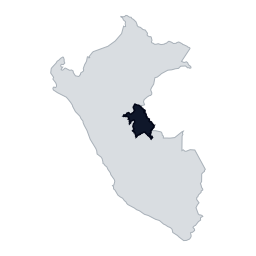 Coronel Portillo, Ucayali, Peru shown in context
{"feature_id": "86281439B8316055413936", "entity_name": "Coronel Portillo", "entity_type": "district", "adm_level": 2, "iso_a3": "PER", "parent_name": "Peru", "parent_adm1": "Ucayali", "projection": "albers", "projection_center": [-74.152, -8.678], "detail": "fine", "context": "in_parent", "style": "filled", "palette": "ink", "viewbox_px": 256, "rotation_deg": 0, "n_neighbors": 0, "source": "geoboundaries", "source_scale": "gbopen_adm2", "svg_char_len": 8548}
<svg xmlns="http://www.w3.org/2000/svg" viewBox="0 0 256 256"><path d="M191.0,67.1L190.9,67.9L189.9,68.3L189.0,67.7L187.6,67.8L185.6,66.0L180.7,66.2L178.5,68.4L175.3,68.8L171.8,69.8L167.8,70.2L161.5,73.6L160.0,75.0L157.2,77.1L154.9,77.7L153.7,84.1L151.5,87.7L150.6,89.8L151.8,92.8L151.7,94.3L150.5,95.5L149.4,95.6L147.3,96.9L144.1,99.7L143.5,101.9L144.6,104.7L144.2,105.0L141.6,105.6L141.7,107.1L141.1,107.7L143.3,110.0L144.6,110.5L144.6,111.1L144.4,111.7L143.9,111.9L143.9,112.4L145.5,114.1L146.7,117.5L149.0,119.2L149.0,120.2L149.7,121.3L150.9,122.1L153.7,125.5L153.7,127.1L150.8,130.7L155.6,130.7L160.9,131.9L161.6,132.5L162.2,134.1L162.3,135.2L163.4,136.1L163.3,138.0L170.2,138.1L174.7,137.6L182.1,131.7L183.3,131.2L182.6,132.5L182.5,133.4L182.9,134.5L182.1,135.9L181.9,150.6L183.2,149.8L184.9,151.2L186.1,151.3L190.1,149.7L194.8,150.0L205.3,169.3L204.4,170.6L204.4,171.5L203.1,172.4L201.7,173.9L201.6,181.5L200.4,183.7L201.0,184.9L201.6,187.4L202.6,188.8L202.8,189.8L202.7,190.1L201.2,190.9L201.1,192.3L198.4,195.0L197.8,196.8L196.8,197.4L196.6,199.4L199.0,202.8L197.4,204.8L196.0,207.7L198.3,214.0L199.3,214.9L200.4,214.9L201.9,215.4L202.8,216.4L200.8,217.5L200.5,218.0L200.6,220.1L198.4,221.6L195.5,225.4L194.8,225.6L193.3,226.8L193.0,227.4L193.3,227.9L194.5,229.1L194.6,230.5L192.5,232.3L191.1,232.4L190.5,232.9L191.1,235.3L191.1,236.4L190.6,237.6L189.6,239.0L186.5,240.4L183.7,240.6L179.0,237.0L177.5,235.5L172.8,232.5L172.1,229.3L170.5,227.7L167.7,226.5L165.4,224.9L163.6,224.1L159.4,220.5L155.5,219.3L148.3,215.5L144.4,214.3L139.3,210.7L136.6,209.7L134.5,208.1L127.9,204.6L126.8,203.5L125.8,201.7L124.4,200.7L122.7,198.3L120.2,196.9L117.9,195.1L115.0,190.1L113.6,188.9L113.5,186.7L112.5,185.6L113.9,184.9L114.8,181.3L114.3,179.6L110.9,174.8L110.3,172.8L107.8,169.2L106.9,167.0L104.9,165.4L104.1,164.1L103.0,163.5L102.9,161.8L102.1,158.6L101.0,157.0L97.1,154.0L96.7,150.7L95.8,148.5L90.2,139.3L87.0,130.5L84.3,125.5L83.1,122.7L83.0,121.2L81.0,118.6L79.9,116.2L75.4,111.6L72.7,106.5L72.3,105.0L70.5,102.2L67.6,98.6L66.2,97.1L57.5,92.7L53.4,90.0L52.9,88.6L53.1,87.8L53.9,87.0L55.2,87.6L55.9,87.3L56.5,86.3L56.5,84.8L55.7,82.8L52.9,79.1L53.6,77.3L50.7,73.0L51.2,68.7L51.9,67.6L56.0,63.2L57.1,61.3L58.9,60.1L60.7,58.3L62.9,57.0L63.5,57.4L64.2,59.7L64.1,61.3L64.8,63.0L63.3,64.6L61.6,64.3L61.0,64.7L60.7,65.4L61.0,66.6L61.5,67.1L62.7,67.1L61.1,69.4L61.2,69.8L62.4,70.2L63.5,69.6L64.6,68.3L65.4,68.1L69.6,70.3L71.6,70.0L73.1,71.0L73.3,72.6L75.4,75.8L78.6,76.5L79.1,76.2L79.8,75.0L80.5,74.8L80.6,73.1L83.3,71.2L83.7,69.9L83.3,69.0L83.4,68.2L84.9,64.0L85.4,63.6L85.9,62.3L86.5,61.4L87.4,56.8L88.1,56.8L88.9,57.9L89.7,57.6L89.3,56.5L89.4,56.2L92.4,52.4L93.3,51.6L107.9,46.3L115.2,41.0L121.6,33.6L123.6,26.2L124.4,26.7L125.6,26.5L125.2,23.5L125.5,22.1L125.4,21.6L123.4,19.9L122.6,17.9L120.8,16.8L120.9,16.4L122.8,16.8L124.5,16.6L125.9,15.4L127.0,15.5L129.4,17.1L131.2,17.3L131.8,18.5L133.5,19.4L136.0,21.9L137.1,24.7L137.0,25.2L138.1,26.7L140.5,27.4L142.9,29.5L145.4,30.1L146.5,32.0L147.1,32.6L147.5,33.6L147.1,34.9L147.4,35.6L149.3,36.7L150.8,36.7L151.2,37.2L152.0,40.3L151.4,41.9L151.7,42.7L153.7,43.5L154.3,44.2L155.9,44.3L158.2,43.7L161.1,44.6L163.3,44.3L164.3,44.1L165.3,43.4L166.2,43.4L168.5,41.4L169.1,41.3L171.5,42.2L173.5,43.5L176.0,43.3L177.0,42.5L178.8,42.0L182.1,43.7L182.8,44.5L183.7,44.7L187.1,46.3L187.8,47.0L189.6,47.7L190.0,48.2L189.8,48.8L181.5,61.4L184.1,62.5L186.4,61.8L187.6,62.7L188.5,64.8L190.4,66.2L191.0,67.1Z" fill="#d9dde1" stroke="#a8b0b8" stroke-width="1"/><path d="M150.9,130.8L150.8,130.6L151.1,130.5L151.0,130.4L151.0,130.1L151.3,130.0L151.5,130.0L151.5,129.8L151.7,129.7L151.8,129.5L152.1,129.4L152.0,129.1L152.2,128.9L152.4,128.5L152.6,128.4L152.9,128.5L153.0,128.4L153.3,128.0L153.2,128.0L153.1,127.9L153.3,127.6L153.5,127.6L153.7,127.4L153.8,127.4L153.8,127.2L154.0,127.1L154.1,126.8L153.9,126.5L154.0,126.3L154.0,126.0L153.8,125.8L153.8,125.6L154.0,125.5L154.1,125.4L153.7,125.4L153.3,124.6L153.2,124.6L152.9,124.6L152.6,124.4L152.5,124.1L152.5,123.9L152.4,123.9L152.4,123.6L152.2,123.6L152.0,123.4L151.9,122.9L151.7,122.7L151.7,122.4L151.3,121.9L151.1,121.8L150.9,121.7L150.7,121.8L150.5,121.7L150.2,121.8L150.2,121.6L149.9,121.4L149.7,121.2L149.5,120.9L149.4,120.8L149.2,120.9L149.2,120.7L149.3,119.8L149.3,119.7L149.3,119.1L148.8,119.1L148.6,119.0L148.4,118.6L148.2,118.6L147.4,118.0L147.0,117.8L147.0,117.7L146.7,117.6L146.9,117.2L146.8,116.9L146.9,116.6L146.5,116.3L146.2,116.2L146.4,116.0L146.3,115.8L146.2,115.7L146.1,115.3L146.2,114.8L146.2,114.6L145.7,113.9L145.8,113.7L145.7,113.5L145.6,113.3L145.2,113.4L145.0,113.2L144.9,112.9L144.7,112.7L144.5,112.8L144.4,112.6L144.2,112.6L144.3,112.4L144.1,112.3L143.9,112.1L144.0,111.9L144.0,111.6L144.3,111.6L144.6,111.7L144.8,111.7L145.0,111.6L145.0,111.0L145.1,110.8L145.1,110.7L145.0,110.4L144.7,110.3L144.6,110.1L144.4,110.1L144.3,109.9L143.9,109.9L143.6,109.7L143.5,109.8L143.4,109.7L143.2,109.4L143.1,109.1L142.9,109.2L142.7,109.0L142.4,108.8L142.4,108.7L142.5,108.3L142.2,108.2L141.8,108.0L141.7,107.9L141.4,107.8L141.4,107.5L141.2,107.3L141.0,107.2L140.9,107.0L140.7,106.8L140.7,106.4L140.3,106.3L139.7,105.9L139.4,105.7L138.9,105.3L138.3,105.3L138.0,105.1L137.7,105.3L136.9,105.1L136.7,105.0L136.6,104.8L136.1,104.8L135.9,104.6L135.7,104.7L135.4,104.3L135.0,104.1L134.9,104.3L134.6,104.5L134.6,104.8L134.3,105.1L134.2,105.3L134.1,105.9L133.9,106.1L133.6,106.3L133.4,106.8L133.3,107.1L133.3,107.8L133.7,108.4L133.9,108.6L134.1,108.8L134.2,109.1L134.1,109.3L134.0,109.6L134.3,110.1L134.5,110.2L134.8,110.3L134.8,110.5L134.5,110.7L134.2,111.0L133.8,111.6L133.7,112.2L133.5,112.5L133.0,112.6L132.5,113.0L132.2,113.0L131.6,113.8L131.1,113.9L130.9,114.0L130.6,114.2L130.3,114.3L130.2,114.2L129.5,113.4L129.1,112.9L128.9,112.9L128.5,112.6L128.1,112.8L127.8,112.9L127.2,113.0L127.1,113.3L126.9,113.3L126.7,113.5L126.5,113.9L126.6,114.2L126.4,114.3L126.4,114.5L126.3,114.8L126.0,115.0L125.9,115.2L125.7,115.1L125.7,114.9L125.4,114.8L125.0,115.0L124.7,114.9L124.3,115.0L124.1,115.3L123.8,115.4L123.7,115.3L123.6,115.7L123.4,115.9L123.5,115.9L123.6,116.1L123.8,116.2L123.8,116.3L124.1,116.2L124.3,116.3L124.9,116.3L125.6,116.5L126.0,116.2L126.3,116.2L126.4,116.4L126.7,116.4L126.8,116.5L127.1,116.5L127.3,116.6L127.6,116.5L127.9,116.6L128.1,116.7L128.4,117.1L128.6,117.7L128.9,118.0L128.7,118.1L128.8,118.2L128.8,118.3L128.6,118.4L128.6,118.7L128.8,118.8L128.7,118.9L128.8,118.9L128.8,119.1L128.9,119.5L129.1,119.6L129.2,119.8L129.4,120.0L129.6,120.3L129.7,120.6L129.5,120.8L129.3,121.5L129.5,121.9L129.6,122.0L129.6,122.3L129.7,122.6L129.6,122.9L129.4,123.2L129.5,123.9L130.2,123.2L130.6,122.9L130.7,122.7L130.8,121.8L130.9,121.6L130.8,121.4L131.4,121.0L132.8,120.4L133.0,120.2L133.4,120.0L134.0,120.0L134.5,120.5L134.6,121.0L134.7,122.6L134.7,122.8L134.2,123.0L134.0,123.3L133.7,123.4L133.6,123.5L133.5,124.2L133.3,124.6L133.2,125.3L133.2,125.5L133.0,125.8L133.2,126.2L133.1,126.5L132.9,126.7L133.0,126.9L133.3,127.0L133.3,127.6L133.5,128.2L133.6,128.5L134.0,128.9L133.9,129.2L134.0,129.2L133.5,129.9L133.5,130.1L133.4,130.1L133.2,130.1L133.1,130.3L132.9,130.4L132.8,130.6L132.5,130.8L132.6,131.0L133.1,131.2L133.6,131.3L134.1,131.5L133.9,131.8L134.1,132.3L134.1,132.7L134.6,132.8L135.1,132.9L135.2,133.2L135.1,133.5L135.2,134.0L135.4,134.6L135.6,134.8L135.7,135.2L135.6,136.2L135.7,136.3L135.8,136.4L136.1,136.7L136.1,136.9L136.1,137.1L136.1,137.3L136.4,137.1L136.6,136.9L136.7,136.7L136.8,136.6L136.6,136.3L136.6,136.1L137.0,136.3L137.1,136.2L137.1,135.9L137.3,135.5L137.5,135.5L137.6,135.3L138.1,135.1L138.5,135.1L138.9,135.0L139.1,134.6L139.4,134.3L139.6,134.3L139.9,134.4L140.3,134.3L140.3,134.1L140.5,133.7L141.3,133.4L141.6,133.1L142.3,133.1L142.7,132.9L143.4,132.1L144.0,132.1L144.3,132.3L144.9,132.1L145.3,132.3L145.2,132.6L145.5,132.9L145.9,133.5L146.4,133.7L146.8,134.3L147.0,134.4L147.6,134.9L147.7,135.4L148.5,135.7L148.8,135.8L148.7,136.1L148.8,136.2L149.5,136.6L149.9,137.2L150.0,137.4L150.6,137.6L150.6,137.9L150.9,138.1L151.0,138.2L150.9,138.5L150.9,138.9L151.1,139.1L151.4,138.6L151.5,138.4L152.0,138.1L152.1,137.8L152.3,137.8L152.5,137.6L152.4,137.5L152.2,137.3L152.2,137.2L151.9,137.0L151.9,136.7L152.1,136.6L152.1,136.4L151.3,136.3L150.9,136.3L150.8,136.1L150.5,136.1L150.5,135.9L150.5,135.6L150.5,135.4L150.4,135.3L150.4,134.9L150.4,134.6L150.2,134.3L149.9,134.0L150.1,134.0L150.0,133.8L150.3,133.8L150.4,133.7L150.6,133.8L150.7,133.7L150.6,133.4L150.7,133.2L150.7,132.7L150.9,132.6L150.8,132.3L151.0,132.1L150.9,131.9L150.9,131.7L151.0,131.3L150.8,131.1L151.0,130.9L150.9,130.8Z" fill="#0f172a" stroke="#020617" stroke-width="1.5"/></svg>